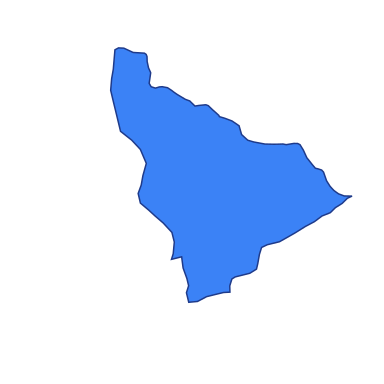 Kimhwa, Kangwŏn-do, North Korea, rotated 211°
{"feature_id": "82179303B18704732408852", "entity_name": "Kimhwa", "entity_type": "district", "adm_level": 2, "iso_a3": "PRK", "parent_name": "North Korea", "parent_adm1": "Kangwŏn-do", "projection": "robinson", "projection_center": [127.616, 38.445], "detail": "fine", "context": "isolated", "style": "filled", "palette": "blue", "viewbox_px": 384, "rotation_deg": 211, "n_neighbors": 0, "source": "geoboundaries", "source_scale": "gbopen_adm2", "svg_char_len": 1766}
<svg xmlns="http://www.w3.org/2000/svg" viewBox="0 0 384 384"><g transform="rotate(211 192 192)"><path d="M174.9,123.7L167.5,131.1L160.5,122.3L151.8,115.2L146.6,109.9L144.9,102.8L138.0,95.8L130.9,101.0L125.6,109.8L118.5,116.9L113.2,122.1L107.9,125.7L111.3,131.0L113.0,138.0L111.2,141.5L104.1,148.6L100.6,152.1L97.0,159.1L98.7,164.4L102.1,173.3L103.8,180.3L100.3,185.6L91.4,194.4L82.5,210.2L77.1,220.8L71.8,229.6L68.2,238.4L62.8,245.5L61.0,252.5L57.4,259.6L55.6,266.6L52.7,270.9L59.5,267.0L65.4,265.9L68.1,266.1L71.2,266.4L73.7,267.1L76.6,268.0L80.6,270.0L82.4,270.9L89.5,276.8L92.2,277.6L96.1,276.7L98.5,275.9L103.2,277.5L104.5,278.0L107.4,279.1L111.2,280.5L118.2,285.3L123.8,288.2L126.4,288.0L129.7,286.1L132.9,283.4L135.5,281.2L136.7,280.7L138.7,280.0L143.2,277.1L145.3,275.8L147.3,274.6L154.1,270.7L164.8,266.7L168.2,265.8L170.9,265.1L174.8,265.9L179.1,266.8L184.9,272.2L185.7,273.0L194.3,273.5L197.0,273.0L201.9,272.1L207.3,270.7L208.5,271.5L214.6,272.7L216.9,273.1L222.5,274.4L224.6,274.0L225.0,273.9L225.5,273.6L230.6,269.8L233.0,267.8L233.7,267.2L239.3,268.5L240.8,268.9L242.8,268.5L245.6,268.0L252.8,268.0L255.1,268.0L259.5,268.3L260.9,268.5L261.9,268.6L266.7,268.8L271.8,266.9L274.3,265.1L274.4,264.9L276.9,262.2L281.2,261.2L282.2,261.7L284.7,263.1L288.0,271.0L288.8,272.9L289.6,273.5L293.2,276.0L296.2,279.2L297.7,280.8L298.5,282.1L300.3,284.9L302.1,286.3L302.7,286.4L304.3,286.5L306.6,285.3L314.3,281.3L324.5,280.2L328.8,277.9L329.2,277.7L331.3,274.2L322.7,256.7L319.3,247.9L314.1,237.3L305.4,228.4L296.7,219.6L284.5,207.2L270.4,205.4L258.2,201.9L245.9,193.0L242.5,180.7L239.1,171.8L237.4,163.0L230.5,155.9L219.9,154.2L211.2,152.4L200.7,150.6L188.4,147.0L181.4,140.0L176.3,129.4L174.9,123.7Z" fill="#3b82f6" stroke="#1e3a8a" stroke-width="1.5"/></g></svg>